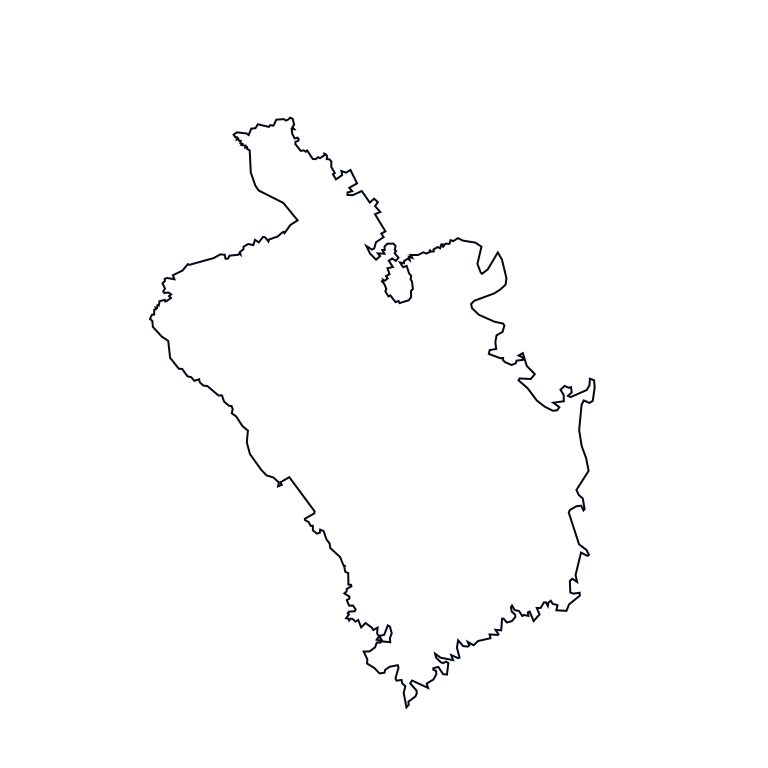 Habiganj, Sylhet, Bangladesh (Natural Earth projection), rotated 145°
{"feature_id": "16705992B7772300815487", "entity_name": "Habiganj", "entity_type": "district", "adm_level": 2, "iso_a3": "BGD", "parent_name": "Bangladesh", "parent_adm1": "Sylhet", "projection": "natural_earth1", "projection_center": [91.398, 24.335], "detail": "fine", "context": "isolated", "style": "outline", "palette": "ink", "viewbox_px": 768, "rotation_deg": 145, "n_neighbors": 0, "source": "geoboundaries", "source_scale": "gbopen_adm2", "svg_char_len": 6162}
<svg xmlns="http://www.w3.org/2000/svg" viewBox="0 0 768 768"><g transform="rotate(145 384 384)"><path d="M310.5,655.5L313.3,656.1L314.1,658.4L320.6,662.3L326.4,659.0L328.7,661.3L330.8,660.6L338.4,669.1L342.6,667.3L346.2,669.3L352.1,665.6L352.9,668.1L360.2,674.5L364.2,674.5L364.3,671.5L363.0,670.6L364.6,668.7L362.7,668.6L363.2,666.3L361.9,665.3L363.5,663.8L362.3,662.1L363.8,661.7L360.6,658.6L362.2,657.3L360.3,656.5L361.3,655.1L360.0,652.4L371.8,633.7L375.6,620.4L375.7,614.5L362.6,590.1L360.9,567.6L369.4,568.0L379.0,564.6L378.9,566.1L380.6,566.5L386.5,565.8L395.3,568.3L396.9,567.0L397.3,572.4L398.8,573.9L405.3,571.8L407.0,576.1L411.4,572.7L415.0,576.6L420.2,577.0L422.1,574.9L426.1,574.8L427.3,572.4L427.6,574.0L429.1,573.4L436.9,577.7L439.8,576.2L442.0,577.5L440.3,581.2L443.8,584.1L451.2,584.8L475.2,593.3L475.9,594.7L484.1,592.5L494.6,594.2L495.6,590.0L500.9,595.3L503.4,595.9L504.3,594.1L507.7,593.5L508.7,587.8L511.8,586.4L511.8,584.6L508.1,582.6L506.9,579.5L509.7,579.3L509.1,576.7L514.6,576.6L515.9,577.2L515.2,578.6L520.4,580.6L523.4,577.5L524.3,578.5L526.2,576.5L527.3,577.7L528.1,576.1L529.6,576.6L532.5,572.7L534.3,573.9L538.4,571.5L537.6,568.5L540.6,563.3L538.8,550.0L536.0,543.1L544.2,528.1L543.3,514.2L540.7,512.1L540.6,503.0L538.1,500.3L537.4,495.3L532.7,493.9L534.0,491.1L532.9,486.3L529.9,483.7L526.2,469.6L523.3,467.6L525.1,461.3L523.4,454.9L521.5,453.4L522.4,450.1L525.5,447.4L523.7,442.1L524.1,430.7L522.2,423.9L529.9,414.8L534.0,403.5L533.8,384.3L532.7,376.6L528.3,371.0L526.6,363.7L529.5,360.9L525.6,360.0L525.3,362.9L515.0,362.0L513.9,319.4L515.3,318.0L526.2,319.0L526.7,317.8L524.9,314.1L525.5,309.9L523.6,308.7L526.2,304.9L524.8,299.9L521.8,299.0L519.8,301.3L517.8,298.1L520.2,290.0L520.1,284.4L522.1,280.6L519.2,267.3L521.1,259.4L521.1,257.6L519.6,257.4L521.5,256.9L523.4,252.4L521.8,249.6L528.2,240.1L526.2,238.4L526.7,237.0L532.0,237.5L533.6,235.6L536.6,235.2L534.3,229.9L535.3,228.1L538.5,228.3L539.7,222.4L536.5,220.3L536.5,215.6L538.3,214.6L543.4,217.7L545.2,217.0L544.8,215.4L549.4,213.8L547.8,212.2L548.2,210.3L545.9,211.0L544.5,209.5L543.6,205.7L540.5,205.5L542.3,197.7L536.2,198.8L533.7,191.5L533.9,188.6L529.0,188.1L532.8,183.5L532.7,180.6L527.8,178.4L519.3,184.1L518.3,181.8L520.7,175.3L524.9,172.5L527.0,168.9L532.7,173.8L532.6,178.6L534.0,179.7L536.7,178.7L533.7,175.3L535.0,174.2L538.3,176.3L542.4,173.4L549.2,173.2L554.1,176.5L555.6,168.0L558.2,164.7L554.8,157.0L553.7,149.5L549.2,147.2L547.0,149.2L541.5,149.1L534.0,145.8L534.8,143.3L543.4,136.3L543.9,133.8L539.4,131.5L540.8,128.2L539.8,124.3L545.1,119.6L551.1,106.2L547.7,107.1L546.2,109.8L537.5,110.0L534.7,111.7L533.2,114.2L534.2,123.8L531.1,125.0L522.2,109.7L520.8,114.1L512.9,113.6L507.6,116.3L505.9,119.0L507.5,121.7L506.6,122.9L501.8,121.1L502.0,112.4L499.1,109.9L491.4,118.4L492.3,120.9L495.7,121.5L497.1,123.5L498.3,130.2L496.8,133.8L494.6,127.3L485.8,118.2L484.4,123.4L480.6,117.0L479.1,116.5L475.5,126.2L470.3,131.5L469.5,123.9L465.9,120.8L464.1,120.9L463.3,124.7L460.5,118.6L454.3,119.5L442.6,114.7L441.1,118.3L434.7,113.1L433.8,113.3L433.7,118.7L429.3,115.0L421.9,124.0L420.6,123.2L420.2,118.2L415.2,116.4L410.1,117.8L408.9,119.7L409.9,124.4L408.0,128.4L406.2,129.1L406.6,123.8L403.6,120.6L403.8,114.6L401.9,114.6L398.7,111.2L397.2,114.4L395.2,114.0L397.4,104.0L388.8,106.0L387.3,112.9L384.1,110.7L378.2,113.4L376.6,112.2L377.1,108.2L374.7,110.7L371.7,110.8L371.9,107.2L368.7,103.3L372.6,99.7L364.6,93.5L358.9,97.3L345.0,98.3L343.5,100.8L349.0,103.6L351.0,106.3L344.8,116.0L341.4,116.5L339.4,111.1L336.6,117.7L319.3,132.9L315.9,126.5L314.1,126.5L313.3,132.0L316.2,140.7L306.4,172.7L303.9,174.2L296.6,173.5L292.3,171.2L293.1,166.0L291.5,166.4L286.8,176.2L288.1,181.3L287.2,186.8L266.2,195.5L261.0,207.2L257.7,219.7L250.6,234.3L234.2,253.5L229.8,256.0L226.5,250.6L222.6,250.5L213.1,260.7L209.8,266.6L212.3,270.2L216.5,265.0L221.4,262.8L238.6,266.2L240.1,268.8L235.1,269.4L232.6,274.2L234.9,275.0L237.1,278.8L242.7,278.1L243.1,272.0L246.6,266.7L256.1,271.6L253.6,264.4L257.4,263.2L261.0,265.2L265.2,272.9L268.3,282.8L268.8,298.3L271.7,309.8L269.8,310.8L260.9,303.9L254.8,305.6L256.7,316.8L252.6,329.7L257.4,330.1L255.1,326.1L256.5,324.1L261.9,327.1L264.3,325.4L268.6,326.4L272.4,332.7L272.8,335.7L271.5,337.0L273.9,338.4L280.9,348.5L278.0,351.2L272.0,348.4L268.8,354.4L263.9,359.3L257.0,358.7L251.9,362.8L251.7,365.1L257.8,371.7L266.6,386.3L268.4,395.5L266.8,399.6L262.3,400.4L241.8,395.0L234.5,394.7L227.5,395.6L223.0,400.5L216.0,418.3L215.3,426.5L233.2,418.4L240.5,418.0L240.8,420.0L238.6,428.8L225.4,440.6L228.0,447.3L237.1,456.2L239.8,461.1L245.3,461.3L246.9,463.6L250.0,461.3L253.2,463.7L256.8,462.5L257.4,463.5L256.0,464.9L257.0,465.5L260.2,463.0L261.5,465.4L266.3,465.8L267.1,464.1L269.7,465.5L269.5,467.9L270.7,465.9L274.4,466.5L276.3,469.3L282.0,470.1L288.4,474.5L288.5,471.2L290.6,473.9L291.9,470.7L292.6,473.1L297.1,473.1L298.4,471.5L301.2,474.4L301.3,468.6L297.7,467.7L300.0,460.3L299.7,457.0L302.2,454.4L302.2,452.1L305.9,445.2L308.5,444.8L312.0,439.6L315.6,438.4L324.8,441.3L324.5,443.6L327.6,444.5L328.0,453.0L330.1,453.2L329.8,459.1L327.5,460.6L326.4,465.8L326.8,469.4L325.3,469.6L324.7,467.8L324.6,469.3L324.0,468.1L320.4,468.4L320.5,471.2L316.5,470.8L314.8,476.8L309.6,474.7L309.4,482.2L305.3,482.1L303.7,478.1L299.7,479.1L300.3,485.0L297.9,486.0L298.2,487.7L295.3,490.6L295.8,493.6L300.8,497.0L304.7,496.3L306.5,493.4L308.5,494.7L308.9,490.5L314.1,494.5L313.8,491.0L319.2,490.4L320.6,499.0L319.3,507.1L316.8,501.0L314.2,500.7L309.3,504.7L300.0,504.6L299.9,508.8L295.3,508.2L294.0,528.3L288.4,527.0L289.3,534.8L284.8,536.5L285.8,541.5L291.6,540.8L291.5,554.8L301.3,556.6L305.5,559.8L304.0,561.8L299.5,560.2L299.9,564.7L291.0,563.8L288.7,578.6L293.8,578.8L296.7,582.9L298.5,579.1L306.0,579.2L305.5,585.1L303.3,585.0L302.7,592.0L299.4,596.7L299.9,599.4L301.9,601.1L299.9,603.2L299.9,605.6L300.7,606.8L301.1,605.6L307.0,605.7L307.9,607.6L311.1,607.4L313.3,609.2L313.0,619.4L314.8,619.1L315.7,621.4L318.5,622.7L319.0,631.5L317.6,633.2L314.7,632.4L313.3,633.6L313.7,635.5L316.3,636.4L315.7,641.5L313.4,645.8L311.4,644.2L311.8,646.9L308.8,648.0L306.7,653.6L308.2,656.1L310.5,655.5Z" fill="none" stroke="#020617" stroke-width="2"/></g></svg>